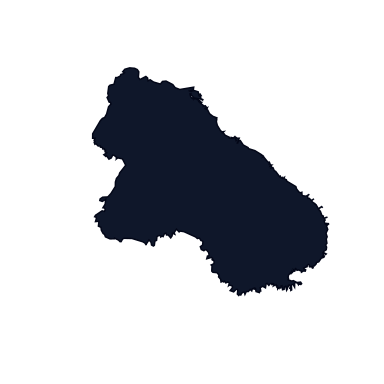 outline of Bataan, Bataan, Philippines, rotated 324°
{"feature_id": "2640588B97763445928490", "entity_name": "Bataan", "entity_type": "district", "adm_level": 2, "iso_a3": "PHL", "parent_name": "Philippines", "parent_adm1": "Bataan", "projection": "orthographic", "projection_center": [120.476, 14.665], "detail": "fine", "context": "isolated", "style": "filled", "palette": "ink", "viewbox_px": 384, "rotation_deg": 324, "n_neighbors": 0, "source": "geoboundaries", "source_scale": "gbopen_adm2", "svg_char_len": 6076}
<svg xmlns="http://www.w3.org/2000/svg" viewBox="0 0 384 384"><g transform="rotate(324 192 192)"><path d="M255.0,108.2L242.4,101.9L239.7,97.7L239.6,93.8L236.2,87.0L233.1,85.2L229.9,86.1L225.5,80.4L224.1,76.6L221.8,76.2L223.1,73.6L222.6,71.4L216.0,70.4L216.0,67.7L219.6,63.5L219.7,60.8L218.3,58.2L214.5,54.9L209.8,53.2L206.6,54.0L207.5,55.9L206.4,56.1L203.5,55.1L202.1,56.0L198.9,55.5L197.6,54.6L192.2,59.0L188.5,57.4L186.6,57.7L181.8,62.8L180.9,65.3L178.9,65.6L177.8,70.6L178.7,71.6L178.2,73.2L174.6,74.0L168.8,78.7L165.1,80.4L162.8,79.8L159.9,80.4L145.9,86.5L143.2,90.1L145.2,91.5L143.2,92.6L143.3,94.0L142.1,94.2L141.5,96.3L142.7,96.5L143.1,99.6L144.9,100.9L144.3,101.9L145.7,103.3L145.1,104.7L146.5,105.5L145.9,106.4L146.6,107.4L145.3,108.3L146.0,110.2L142.6,110.0L143.2,112.5L144.2,112.2L144.1,116.6L146.7,117.0L149.5,115.5L150.3,116.2L151.4,119.2L150.8,119.8L151.5,120.3L150.6,120.8L152.0,120.8L155.2,124.3L154.1,131.4L144.7,134.1L142.6,135.7L138.9,136.6L135.9,138.9L133.2,142.5L125.5,145.6L121.0,146.5L116.7,143.7L113.6,143.6L112.4,144.7L113.9,146.9L117.9,147.2L114.6,150.8L110.7,152.4L111.9,153.6L111.4,155.3L109.7,156.2L108.2,154.4L100.3,154.1L98.7,154.8L99.6,156.0L99.1,157.2L96.5,159.2L99.5,161.0L96.2,164.6L97.6,167.1L96.2,169.6L95.7,173.3L96.3,175.0L95.6,177.4L98.1,181.7L101.7,184.2L102.2,183.8L104.3,187.7L104.6,189.9L105.5,190.5L108.2,189.2L109.8,189.5L116.1,194.3L122.9,203.3L123.9,205.5L123.8,208.1L124.2,207.3L129.0,205.5L129.3,208.7L128.1,211.1L129.0,213.0L130.2,213.0L133.1,209.9L134.9,210.3L137.4,207.5L138.5,207.5L140.2,208.1L140.9,209.3L140.4,210.0L141.9,210.1L142.4,211.1L145.2,209.5L146.7,209.9L146.1,211.8L147.5,212.8L147.8,216.6L150.1,215.8L151.9,213.8L153.2,216.0L153.6,214.4L157.6,212.9L158.1,216.7L159.5,216.7L162.2,219.4L168.5,230.5L169.0,232.8L170.9,233.6L170.7,236.5L171.7,237.8L171.5,238.8L169.3,241.2L166.6,241.1L165.7,244.0L167.1,246.5L168.5,246.3L169.7,247.5L169.9,250.8L168.7,253.1L167.6,253.5L166.9,252.9L164.7,254.7L169.4,256.4L169.6,257.6L168.8,258.1L169.2,258.8L168.6,259.0L169.4,260.7L167.7,262.9L164.6,262.3L164.8,263.5L161.5,267.6L161.7,269.2L164.8,272.0L165.0,275.0L163.6,276.3L163.9,279.3L162.6,281.9L164.4,282.3L164.8,283.4L166.0,283.3L165.9,285.4L168.2,286.0L168.7,287.6L166.6,289.3L167.6,289.3L169.4,291.6L168.4,293.2L164.9,294.2L167.0,297.3L170.3,296.7L171.3,297.2L171.3,298.4L168.7,301.2L169.0,303.2L170.3,302.8L170.9,304.0L172.7,303.1L175.0,303.2L175.5,303.7L174.7,305.9L177.5,304.4L179.0,305.6L181.8,305.0L182.2,307.1L184.0,305.7L185.2,307.0L185.1,306.1L186.0,306.3L186.7,307.3L185.3,310.2L187.4,313.0L188.6,312.1L189.4,312.5L190.9,309.5L193.7,309.8L195.1,312.7L197.9,309.9L199.0,310.1L199.3,312.7L201.0,312.1L202.3,312.6L202.3,313.9L203.3,313.4L204.1,314.1L203.5,314.7L204.0,315.5L203.1,315.9L205.6,316.3L205.0,317.4L205.7,318.0L204.7,318.7L205.0,320.0L204.5,320.5L204.4,320.7L205.6,320.2L205.8,321.1L206.4,320.6L207.3,321.7L208.9,320.3L209.8,320.7L207.8,324.3L209.3,324.9L211.0,323.0L212.4,323.3L210.8,327.1L212.2,326.4L213.2,324.8L214.1,325.3L215.0,324.2L216.2,324.4L216.1,326.1L214.6,327.3L215.5,327.6L214.1,329.7L215.1,329.8L217.5,325.9L218.6,325.7L219.4,326.3L219.1,329.2L220.6,327.3L220.5,326.3L222.0,326.0L223.9,327.5L223.6,329.6L224.3,329.3L225.7,330.8L226.8,330.6L226.9,328.7L223.7,326.9L221.9,323.3L220.3,322.7L218.2,319.4L219.3,318.6L219.7,316.8L219.6,317.5L221.3,315.9L223.6,315.4L223.8,315.9L224.5,315.0L225.0,315.6L225.6,315.2L225.2,316.1L226.1,316.1L226.5,315.3L227.8,315.9L228.3,314.8L228.7,317.0L228.8,315.5L229.3,316.5L229.3,315.6L230.3,315.6L230.9,314.2L230.9,317.1L232.3,317.6L233.9,320.1L233.4,321.2L235.8,321.4L237.1,322.6L238.2,321.8L237.3,319.9L237.7,319.1L241.0,320.0L240.7,319.5L243.4,318.9L244.0,319.6L243.3,321.9L244.9,322.6L244.7,324.3L246.2,324.7L244.9,324.2L244.9,322.6L247.6,323.7L250.3,323.1L251.2,322.2L253.5,323.0L257.6,321.5L260.3,322.3L261.0,321.9L259.9,320.8L260.6,320.6L260.7,321.3L261.2,321.2L261.3,321.1L260.7,320.6L261.6,320.0L262.0,318.3L263.1,319.1L263.4,321.1L264.1,321.0L263.7,320.4L264.1,320.3L264.1,320.2L264.3,320.2L263.7,320.4L263.0,318.6L263.5,317.5L266.7,317.6L268.5,315.7L269.0,313.3L271.0,312.8L273.0,308.9L275.0,307.7L276.2,304.1L279.8,302.1L280.9,298.4L282.2,298.3L281.0,297.5L283.7,298.0L283.9,297.1L283.6,297.9L282.6,297.7L282.7,296.6L281.0,296.3L281.9,293.0L283.1,293.0L283.7,291.2L284.3,291.1L286.2,291.8L286.8,291.9L284.4,291.0L283.7,291.1L283.1,289.7L284.1,288.7L283.3,287.3L284.5,283.1L284.2,280.1L288.3,280.1L288.4,281.2L288.4,281.6L288.3,280.0L284.4,279.8L284.9,275.2L284.2,273.6L285.2,273.2L284.3,273.4L283.4,270.4L284.1,269.2L286.7,269.2L283.7,269.1L283.1,266.0L282.0,265.3L283.3,262.9L285.6,262.8L281.9,262.5L279.4,260.1L279.3,258.9L280.7,256.8L279.4,256.5L278.5,254.8L278.4,250.9L279.2,248.7L275.1,239.1L275.5,237.5L274.2,235.3L275.2,234.5L273.3,234.5L272.8,233.5L273.4,233.2L272.3,232.7L272.7,231.1L271.9,231.2L271.8,224.5L271.1,223.1L271.8,220.0L270.2,219.1L271.2,218.8L271.0,217.5L271.7,217.3L270.5,217.0L271.8,216.3L271.0,214.9L271.7,214.9L272.1,213.4L271.5,213.4L270.9,211.5L270.6,205.7L269.6,205.4L270.8,205.0L270.6,203.8L269.6,203.2L270.1,202.5L267.2,195.5L263.1,190.0L263.5,189.1L261.1,184.1L261.3,178.7L260.0,177.9L257.7,179.3L257.4,179.0L261.8,176.2L260.1,175.0L259.4,172.9L258.9,173.5L258.1,176.4L257.8,176.4L259.1,172.4L257.2,172.6L256.3,171.5L256.2,172.3L254.0,170.4L254.6,170.0L252.2,165.6L252.1,162.2L250.4,162.0L253.2,161.8L251.7,161.0L251.1,159.1L251.6,153.1L253.0,149.5L255.1,147.4L254.8,146.3L255.5,146.3L253.4,143.1L252.2,138.9L252.9,134.9L252.5,133.9L253.8,133.0L251.9,133.0L251.5,132.1L253.5,131.7L253.4,130.0L251.6,129.3L252.1,128.9L251.2,125.6L251.9,125.4L251.0,125.1L251.1,124.4L252.2,124.6L252.1,123.6L251.6,122.8L250.0,123.0L251.7,122.3L249.2,117.9L248.3,118.0L248.8,117.4L247.5,117.0L247.8,116.1L246.9,115.8L246.9,114.3L247.9,111.4L249.8,111.9L248.7,111.9L248.5,112.8L249.1,117.2L253.5,121.7L254.6,123.9L255.1,123.6L253.8,121.5L254.5,121.0L254.6,119.4L256.0,119.6L256.1,117.5L254.5,117.7L255.9,114.6L253.4,111.2L250.7,110.3L248.5,108.3L253.0,110.2L255.0,108.2Z" fill="#0f172a" stroke="#020617" stroke-width="1.5"/></g></svg>